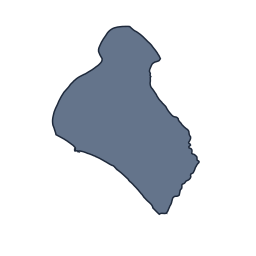 Ar Raydah wa Qussay'ar, Hadramawt, Yemen (Mercator projection), rotated 58°
{"feature_id": "15242507B55233567675049", "entity_name": "Ar Raydah wa Qussay'ar", "entity_type": "district", "adm_level": 2, "iso_a3": "YEM", "parent_name": "Yemen", "parent_adm1": "Hadramawt", "projection": "mercator", "projection_center": [50.363, 15.159], "detail": "fine", "context": "isolated", "style": "filled", "palette": "slate", "viewbox_px": 256, "rotation_deg": 58, "n_neighbors": 0, "source": "geoboundaries", "source_scale": "gbopen_adm2", "svg_char_len": 5102}
<svg xmlns="http://www.w3.org/2000/svg" viewBox="0 0 256 256"><g transform="rotate(58 128 128)"><path d="M42.9,72.8L41.8,74.2L40.0,77.2L39.1,78.7L38.4,80.1L37.6,81.8L36.9,83.3L36.4,84.8L35.9,86.4L35.6,87.8L35.5,89.7L35.6,91.3L35.9,93.2L36.5,95.1L37.3,96.8L38.0,98.3L39.4,101.6L40.3,103.3L41.1,104.9L42.0,106.3L42.9,107.7L43.8,109.0L44.8,110.4L46.0,111.5L47.5,112.4L49.0,112.7L50.8,113.0L52.4,113.1L55.5,113.2L56.8,114.1L57.8,115.4L58.4,117.1L58.8,118.7L59.1,120.4L59.2,122.8L59.4,124.5L59.6,127.8L59.5,131.8L59.5,133.5L59.5,135.3L59.2,137.2L58.8,142.1L58.8,143.7L58.9,145.6L59.2,147.4L59.4,149.0L59.9,150.7L60.2,152.3L60.6,153.8L61.3,155.4L61.9,157.0L62.5,159.1L63.8,163.6L64.1,164.1L65.9,167.8L66.8,169.4L67.0,169.7L68.7,172.6L69.8,174.1L70.9,175.7L72.0,177.5L73.1,179.2L75.1,181.9L76.1,183.0L78.5,185.4L79.8,186.6L81.2,187.7L82.6,188.6L84.1,189.4L85.7,190.1L88.8,190.7L90.6,191.2L93.9,192.0L95.5,192.6L98.1,191.1L99.3,190.4L102.7,188.5L104.2,187.7L104.4,187.6L104.7,187.5L105.2,187.3L105.5,187.1L106.8,186.5L107.6,186.1L107.9,186.1L109.2,185.5L111.8,184.5L113.2,183.9L114.6,183.5L115.1,183.5L115.5,183.4L115.9,183.3L116.7,183.2L116.9,183.2L117.2,183.3L117.2,183.5L117.4,183.6L117.5,183.7L117.5,183.8L117.4,183.8L117.4,184.1L117.5,184.1L117.8,184.2L118.0,184.2L118.0,184.3L118.2,184.2L118.3,184.3L118.5,184.3L118.6,184.5L118.7,184.8L118.7,185.0L118.8,185.0L119.0,185.1L119.3,185.2L119.5,185.1L119.5,184.8L119.6,184.6L119.7,184.2L119.9,183.9L120.1,183.7L120.4,183.4L120.5,183.4L120.6,183.2L120.9,182.9L121.0,182.9L121.3,182.9L121.2,182.7L121.3,182.7L121.5,182.5L121.9,182.5L122.0,182.4L121.9,182.4L121.7,182.3L121.6,182.2L121.7,181.8L121.7,181.5L121.8,181.3L121.9,181.1L122.1,180.8L122.4,180.6L123.3,179.6L124.5,178.4L125.0,178.0L125.6,177.5L126.1,177.1L127.2,176.3L127.5,176.1L127.9,175.9L128.0,175.8L128.6,175.2L129.0,174.8L129.4,174.6L129.8,174.2L131.7,172.8L131.8,172.6L132.3,172.4L133.3,171.7L133.5,171.6L133.6,171.4L134.5,170.8L134.7,170.7L135.0,170.6L135.1,170.4L135.3,170.4L135.5,170.2L135.9,170.0L136.0,169.9L136.3,169.7L137.8,168.7L138.0,168.6L138.3,168.4L138.5,168.3L138.6,168.2L139.1,167.9L139.7,167.6L140.3,167.3L140.4,167.2L140.6,167.1L141.2,166.8L141.4,166.6L141.9,166.4L142.1,166.3L142.2,166.2L142.3,166.1L142.5,166.1L142.8,165.9L143.4,165.6L143.6,165.5L144.0,165.3L144.2,165.2L144.3,165.1L145.4,164.5L148.2,163.1L150.2,162.0L150.7,161.6L151.0,161.5L151.4,161.2L151.5,161.0L152.4,160.4L152.9,160.3L153.1,160.2L154.3,159.9L154.5,160.0L154.8,159.9L155.0,159.8L156.7,159.6L157.2,159.3L157.4,159.4L157.5,159.3L162.1,157.6L165.2,156.7L169.7,155.5L171.0,155.1L172.3,155.0L172.6,155.1L174.7,154.7L175.3,154.4L178.0,153.7L180.3,153.3L182.5,152.8L184.1,152.5L185.0,152.4L185.5,152.2L186.2,152.2L189.6,151.7L190.8,151.6L191.7,151.3L192.7,151.3L193.7,151.2L194.4,151.2L194.8,151.1L195.2,151.2L195.6,151.1L196.3,150.9L198.4,150.5L200.1,150.1L202.8,149.3L205.0,148.8L206.3,148.7L206.8,148.7L207.7,148.9L208.2,148.9L208.9,149.3L209.2,149.2L212.4,148.5L215.4,147.8L217.7,147.2L217.7,146.4L217.9,145.2L218.5,144.2L219.3,143.1L219.9,142.3L220.5,141.0L220.3,140.2L220.2,139.9L220.3,139.9L220.2,139.8L219.7,138.6L219.1,137.7L218.3,136.6L217.0,134.7L216.3,133.8L215.8,132.7L215.1,131.6L214.4,130.7L213.5,129.8L211.9,128.1L211.1,127.2L210.8,126.1L210.7,124.8L211.2,123.7L211.8,122.7L212.1,121.6L212.1,120.3L211.3,119.4L210.4,118.6L209.5,117.7L208.6,116.9L208.0,115.9L207.8,114.7L206.8,113.7L205.8,113.1L204.8,112.5L204.4,111.5L204.7,110.4L204.7,109.2L204.3,108.2L203.8,106.9L203.9,105.8L204.1,104.5L204.0,103.3L203.7,102.1L203.1,101.1L202.2,100.3L201.1,100.0L200.3,98.9L200.5,97.7L200.5,96.5L199.9,95.5L199.3,94.5L198.7,93.6L197.8,92.5L197.1,91.6L196.6,90.5L196.0,89.5L195.5,88.5L195.1,87.3L194.9,86.2L194.0,85.5L192.9,85.9L191.9,86.4L190.8,85.9L189.9,85.3L188.7,84.9L187.5,85.2L186.4,85.5L185.3,86.0L184.4,86.9L183.3,87.4L182.4,86.7L181.4,85.9L180.3,85.4L178.9,85.5L178.0,86.2L177.1,86.8L176.0,86.2L175.9,85.1L175.6,84.0L174.4,83.9L173.4,84.5L172.3,84.2L171.8,83.1L171.2,82.0L170.5,81.0L169.7,80.2L168.6,79.6L167.5,79.7L166.2,79.6L164.1,78.7L163.0,78.2L161.8,78.2L160.7,78.4L159.4,79.0L157.2,79.7L156.1,80.0L155.0,80.2L153.8,80.5L152.6,80.5L151.4,80.6L150.2,80.9L149.0,81.0L147.9,81.0L146.8,80.5L145.6,80.7L144.5,81.2L143.6,82.1L142.9,82.9L141.8,83.6L140.7,84.0L139.5,84.2L138.3,84.4L135.9,84.7L134.6,84.8L133.4,84.8L132.2,84.8L131.1,84.7L129.9,84.6L128.8,84.8L127.6,85.1L126.4,85.3L125.3,85.7L124.2,85.7L121.8,86.2L120.6,86.4L119.4,86.5L115.9,86.5L114.8,86.3L113.5,86.3L112.4,86.4L111.1,86.4L108.8,86.5L107.6,86.6L106.5,86.8L105.3,86.8L104.2,86.6L103.1,86.2L102.0,85.7L101.0,85.0L100.1,84.2L99.1,83.6L98.1,83.0L97.0,82.4L96.5,81.4L95.3,81.5L94.4,80.9L93.5,80.1L92.4,80.0L91.3,79.8L90.4,79.1L89.6,78.2L88.9,77.2L87.5,75.2L86.8,74.1L86.4,73.1L86.3,71.8L86.3,70.5L86.9,68.3L87.2,67.1L87.3,65.9L86.8,64.7L86.4,63.8L83.0,63.4L81.4,63.5L79.8,63.4L78.2,63.5L76.5,63.6L74.1,63.9L72.2,64.1L70.3,64.2L68.6,64.5L67.0,64.9L65.3,65.4L62.1,66.1L60.5,66.5L58.7,66.9L57.0,67.4L55.4,67.9L53.9,68.5L51.9,69.3L50.5,70.0L49.0,70.9L47.5,71.5L44.5,72.4L42.9,72.8Z" fill="#64748b" stroke="#1e293b" stroke-width="1.5"/></g></svg>